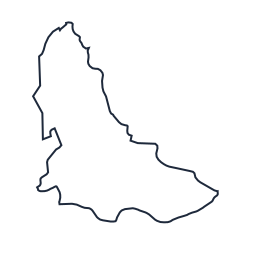 the Autonomous Community of Alicante, rotated 279°
{"feature_id": "ESP-5803", "entity_name": "Alicante", "entity_type": "Autonomous Community", "adm_level": 1, "iso_a3": "ESP", "parent_name": "Spain", "parent_adm1": "", "projection": "equal_earth", "projection_center": [-0.576, 38.363], "detail": "fine", "context": "isolated", "style": "outline", "palette": "slate", "viewbox_px": 256, "rotation_deg": 279, "n_neighbors": 0, "source": "natural_earth", "source_scale": "10m", "svg_char_len": 2132}
<svg xmlns="http://www.w3.org/2000/svg" viewBox="0 0 256 256"><g transform="rotate(279 128 128)"><path d="M184.8,29.0L187.8,31.5L191.8,32.5L198.3,33.2L205.2,35.2L211.4,38.8L216.0,44.0L215.4,44.4L213.9,45.5L215.6,46.3L216.8,47.5L220.7,50.8L222.1,50.4L223.0,52.7L223.1,55.7L222.1,57.1L219.4,57.3L217.0,57.9L214.8,59.1L212.8,61.1L211.1,65.1L210.8,65.6L210.2,66.3L207.5,66.4L206.4,67.0L204.5,68.9L202.9,69.8L201.3,71.1L199.9,74.1L201.0,76.8L198.1,76.1L196.1,76.6L194.2,77.5L191.5,78.0L187.2,78.1L185.2,78.8L183.2,80.5L181.5,83.6L181.4,86.3L181.7,89.0L180.7,91.7L178.5,94.1L176.4,95.0L170.4,95.0L163.9,96.5L160.3,98.0L155.7,101.4L141.9,107.4L139.7,109.0L138.8,111.2L137.7,112.0L132.4,118.1L130.8,120.9L130.3,124.7L130.3,126.6L129.7,127.4L125.1,127.7L123.0,128.3L121.5,129.9L121.0,132.8L115.9,132.5L114.6,140.0L116.7,157.4L115.1,159.7L112.5,160.3L107.3,159.9L104.1,160.8L101.5,163.0L99.4,166.0L97.9,169.1L96.9,171.8L96.3,174.8L95.9,182.9L95.2,195.5L94.9,199.0L93.7,200.7L89.8,202.3L87.1,205.3L85.7,207.9L79.9,223.1L79.5,226.2L79.6,226.4L76.8,227.0L75.7,226.7L75.1,226.3L74.3,225.4L73.2,224.4L72.0,223.7L69.4,222.9L68.3,222.2L62.1,215.5L61.0,214.5L57.0,209.7L56.1,208.2L54.4,204.5L52.5,201.3L51.4,200.0L49.9,197.0L49.8,196.8L47.5,191.9L44.5,186.9L43.9,186.1L43.0,185.2L42.1,183.9L41.2,181.9L40.5,178.4L40.2,174.7L40.9,171.1L41.7,169.1L45.9,162.4L47.0,159.7L47.4,158.2L48.4,152.3L48.9,150.8L49.4,147.6L49.5,145.3L47.4,137.7L45.8,135.0L45.1,134.3L43.3,133.1L38.0,131.2L35.2,130.8L34.0,130.3L33.4,128.5L32.9,125.6L32.9,117.7L33.2,114.8L34.2,112.7L35.1,111.3L40.7,106.0L41.6,104.9L42.3,103.5L42.7,102.0L42.4,97.6L42.9,94.7L44.3,89.4L44.4,84.5L42.0,72.3L44.2,71.6L45.0,71.8L48.5,72.0L51.4,71.5L53.9,70.5L58.4,67.2L59.1,66.5L59.1,65.8L58.2,64.4L57.2,63.2L55.7,60.8L54.8,59.8L53.5,57.8L52.6,55.5L51.9,51.8L52.0,50.4L52.6,49.0L53.9,48.5L55.2,47.5L57.3,49.8L58.4,50.3L59.9,50.4L63.0,49.6L64.4,49.6L65.8,50.6L69.6,54.9L71.7,56.0L81.6,53.4L84.1,53.7L95.5,60.3L98.0,63.3L100.6,64.9L116.2,55.6L114.3,52.8L112.5,51.8L110.5,52.1L107.8,53.1L103.5,45.7L129.3,41.1L144.5,29.3L156.1,34.6L184.8,29.0Z" fill="none" stroke="#1e293b" stroke-width="2"/></g></svg>